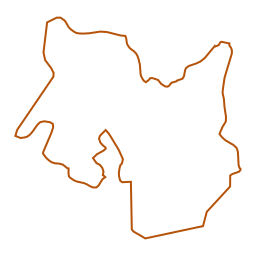 an SVG outline of Cotabato
{"feature_id": "PHL-2579", "entity_name": "Cotabato", "entity_type": "Province", "adm_level": 1, "iso_a3": "PHL", "parent_name": "Philippines", "parent_adm1": "", "projection": "albers", "projection_center": [124.847, 7.21], "detail": "fine", "context": "isolated", "style": "outline", "palette": "amber", "viewbox_px": 256, "rotation_deg": 0, "n_neighbors": 0, "source": "natural_earth", "source_scale": "10m", "svg_char_len": 2120}
<svg xmlns="http://www.w3.org/2000/svg" viewBox="0 0 256 256"><path d="M60.4,17.6L64.6,20.5L65.9,22.3L68.4,26.8L70.6,29.2L73.7,31.5L76.0,32.8L78.6,33.4L82.5,33.6L88.9,33.3L100.3,31.6L106.7,32.0L120.8,35.5L125.3,35.9L126.2,38.3L126.8,42.8L127.5,44.9L129.6,47.9L131.6,49.6L133.8,51.1L136.1,53.5L137.5,56.0L138.5,58.9L139.9,64.7L140.5,73.3L141.0,75.8L142.0,78.0L143.8,80.8L145.9,82.2L148.3,80.4L150.0,78.5L150.0,78.4L151.8,78.0L153.5,78.4L158.1,80.0L161.1,83.8L164.9,86.3L167.4,86.7L169.1,85.8L170.2,84.2L171.6,82.7L176.5,81.3L177.1,80.5L179.9,79.6L182.5,78.7L184.0,76.1L185.1,70.2L186.1,68.0L188.8,66.0L196.4,63.4L200.4,61.5L204.8,58.0L214.7,46.1L214.9,46.6L216.9,45.9L218.7,45.0L218.8,45.0L219.3,44.3L219.6,43.4L220.2,42.5L221.2,41.8L222.6,42.0L227.5,43.1L229.4,43.4L229.3,45.3L231.2,48.1L231.9,50.4L231.8,53.6L224.6,77.5L222.8,89.7L222.6,93.1L223.9,99.0L224.5,106.9L226.0,116.9L225.8,121.4L225.0,122.9L222.5,126.9L220.0,132.7L219.5,134.1L222.3,137.5L225.3,140.2L233.6,145.1L236.7,148.1L237.9,151.8L238.6,165.1L239.5,167.9L240.5,168.9L240.6,169.6L239.3,171.5L239.2,171.5L237.9,172.1L232.4,174.0L231.0,174.9L230.2,175.5L230.1,186.5L206.8,211.8L203.0,226.1L145.3,238.4L133.6,231.6L131.8,229.5L130.9,181.8L122.1,182.2L120.2,180.6L119.0,176.1L118.9,172.9L119.4,168.8L120.4,165.1L122.0,163.4L122.9,159.1L118.8,150.0L110.2,135.7L109.8,135.3L109.1,134.0L105.7,130.0L100.1,135.6L99.0,138.5L100.3,142.5L102.8,145.3L105.6,147.6L105.7,148.8L103.4,150.7L97.0,154.2L93.0,158.1L96.5,163.1L99.8,164.8L102.3,167.9L103.5,171.6L102.8,175.1L104.1,176.0L105.3,177.1L102.4,179.3L98.6,185.5L96.4,187.4L93.1,187.5L90.0,186.2L87.0,184.4L84.0,183.1L76.7,181.5L73.8,180.2L70.1,177.7L69.0,176.4L68.7,174.8L68.5,173.2L68.6,168.4L67.5,168.3L62.8,164.6L59.0,163.6L54.9,163.3L51.6,162.2L48.8,160.3L45.7,157.3L43.0,153.6L43.3,151.8L51.4,132.8L53.2,127.1L52.8,123.8L49.9,122.2L44.3,121.3L40.3,122.1L37.3,124.9L32.6,131.6L29.7,134.9L27.8,136.2L27.2,136.7L24.3,137.5L20.5,138.0L18.6,137.2L15.4,135.9L17.1,130.0L53.4,76.7L53.6,72.9L51.2,68.2L45.1,60.0L43.5,52.3L47.1,22.5L47.1,22.4L56.6,17.7L60.4,17.6Z" fill="none" stroke="#b45309" stroke-width="2"/></svg>